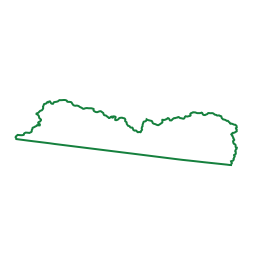 outline of Sítio Novo, Maranhão, Brazil, rotated 97°
{"feature_id": "56859067B7147994817031", "entity_name": "Sítio Novo", "entity_type": "district", "adm_level": 2, "iso_a3": "BRA", "parent_name": "Brazil", "parent_adm1": "Maranhão", "projection": "equal_earth", "projection_center": [-46.672, -6.275], "detail": "fine", "context": "isolated", "style": "outline", "palette": "green", "viewbox_px": 256, "rotation_deg": 97, "n_neighbors": 0, "source": "geoboundaries", "source_scale": "gbopen_adm2", "svg_char_len": 5537}
<svg xmlns="http://www.w3.org/2000/svg" viewBox="0 0 256 256"><g transform="rotate(97 128 128)"><path d="M104.7,51.3L105.1,52.1L105.4,52.6L105.8,53.2L105.8,53.9L105.8,54.7L105.3,55.4L104.7,55.8L104.0,56.2L103.8,56.9L104.3,57.8L104.5,58.6L104.7,60.0L104.8,61.0L104.7,61.7L104.5,62.4L104.3,63.5L104.5,64.5L104.4,65.3L104.9,65.8L105.4,67.0L106.2,67.8L106.7,67.9L107.3,67.5L107.7,67.4L108.2,67.6L108.6,68.3L108.8,69.0L109.1,69.7L109.4,70.5L109.4,71.3L109.3,72.2L109.9,72.8L110.5,73.0L111.2,73.2L111.7,73.5L112.0,74.0L112.0,74.9L111.9,75.6L111.8,76.4L111.8,77.3L111.4,78.4L111.0,78.9L111.0,79.5L111.6,80.3L111.9,81.3L112.3,82.1L112.6,82.7L112.5,83.3L112.9,83.9L113.5,84.5L113.8,84.8L114.3,85.2L114.7,85.4L115.2,85.9L115.3,86.7L115.3,87.3L114.3,88.0L113.5,88.8L113.3,89.6L113.6,90.0L114.2,90.4L114.6,90.9L114.8,91.5L115.4,92.4L115.6,93.0L115.7,93.7L115.6,94.3L115.7,94.9L116.3,94.9L117.7,94.6L118.3,94.6L118.8,95.0L119.9,96.3L120.3,96.7L121.1,97.7L121.5,98.3L121.5,99.3L121.0,100.9L120.8,101.6L120.6,103.0L120.2,103.9L119.6,104.4L119.1,104.5L118.5,104.9L118.1,105.4L118.0,106.5L117.8,108.1L117.7,109.1L117.4,109.9L117.1,110.6L118.1,110.7L118.6,110.9L119.1,111.4L119.4,112.0L119.6,112.7L119.9,113.2L120.4,113.4L121.1,113.5L122.1,113.7L122.8,113.9L123.7,113.9L124.2,113.8L124.7,113.8L125.2,114.2L125.8,114.3L126.6,114.4L127.4,114.1L128.0,113.8L128.7,114.2L129.3,114.6L130.2,114.7L130.7,115.2L130.6,115.9L130.6,116.6L131.0,117.6L130.8,118.2L130.4,118.5L130.0,119.1L129.6,119.5L129.5,120.0L129.8,121.1L129.6,121.8L129.3,122.4L128.8,122.6L128.3,123.0L127.4,123.4L127.1,123.8L127.2,124.5L127.2,125.3L127.0,125.9L126.6,126.2L126.1,126.6L125.9,127.3L125.8,128.2L125.0,128.9L124.5,129.4L124.0,129.8L122.8,130.0L122.3,130.3L122.0,131.0L121.4,131.7L120.5,131.7L119.9,131.7L119.1,132.3L118.8,133.0L118.8,133.6L118.7,134.3L118.5,135.2L118.7,136.3L118.9,136.9L119.0,137.4L119.3,137.9L120.3,138.5L120.8,139.0L121.2,139.6L121.6,140.3L121.7,141.1L121.5,141.7L120.7,141.8L120.0,141.8L119.4,141.7L118.8,141.6L118.4,141.8L118.2,142.7L118.2,143.4L118.3,144.1L119.3,144.1L119.6,144.6L119.4,145.4L118.8,145.9L119.1,146.5L119.9,147.1L120.3,147.5L120.4,148.2L119.9,148.8L119.6,149.3L119.3,149.9L118.8,150.6L118.3,151.5L118.2,152.9L117.9,153.5L117.4,153.8L116.8,154.1L116.1,154.4L115.5,155.5L114.8,156.7L114.7,157.5L114.9,158.3L115.4,159.3L116.0,160.3L116.1,161.3L116.0,162.2L115.5,163.4L115.2,163.9L114.8,164.3L114.3,164.4L113.4,164.4L113.1,165.1L113.0,165.9L112.9,166.8L113.0,167.9L113.1,168.7L113.2,169.4L113.2,171.1L113.3,171.7L113.7,173.0L114.2,173.9L114.4,174.8L114.1,175.6L113.6,176.4L113.2,177.8L112.8,178.8L112.3,179.5L112.1,180.3L112.0,181.0L112.0,181.8L112.3,182.7L112.3,183.7L112.1,184.7L111.8,185.2L111.3,185.7L110.6,186.3L109.5,187.2L109.2,187.9L109.2,189.0L109.3,190.4L109.3,191.3L109.1,191.7L108.4,192.0L108.0,193.0L107.9,194.0L108.0,194.9L108.1,195.6L108.3,196.5L108.4,197.2L108.6,198.0L108.6,199.1L108.9,199.7L109.5,200.3L110.0,200.7L110.2,201.1L110.5,201.7L110.7,202.3L110.9,202.9L111.1,203.8L111.6,204.8L113.0,205.3L113.2,206.0L113.1,206.8L112.8,207.3L112.4,207.7L111.8,208.1L111.1,208.7L111.2,209.4L112.1,210.1L112.4,210.5L112.1,211.2L113.6,212.2L113.9,212.7L114.2,213.6L114.5,214.2L115.0,214.4L115.9,214.5L116.3,214.6L117.0,215.0L118.1,214.7L118.8,214.6L119.9,215.0L120.4,215.3L121.0,215.8L121.3,216.5L121.7,217.3L122.6,218.0L123.8,218.9L124.2,219.5L124.7,220.5L125.2,220.6L126.0,219.1L126.3,218.5L126.8,218.1L127.3,217.9L127.8,217.7L128.6,217.4L129.1,217.1L129.8,215.9L130.3,215.4L130.8,215.3L131.4,215.6L132.2,216.0L132.6,216.8L133.2,217.6L133.7,217.8L134.4,217.5L135.0,216.1L135.6,215.8L136.2,216.0L136.3,217.0L136.2,218.5L137.0,218.9L137.9,220.4L138.4,220.9L139.2,222.4L139.7,222.8L140.4,222.8L141.0,222.9L141.5,223.2L142.9,223.2L143.3,223.2L143.9,223.7L144.4,224.5L144.9,225.3L144.9,226.7L145.0,228.9L145.5,229.7L145.9,230.2L146.3,230.5L146.9,230.5L147.5,230.7L147.9,231.7L148.1,232.6L148.2,233.4L148.3,236.7L149.0,237.3L149.5,237.7L150.0,238.2L150.5,238.4L151.1,238.4L151.8,237.7L152.6,237.5L152.7,224.7L152.7,203.8L152.8,198.9L152.9,129.4L152.9,120.2L153.0,76.6L153.0,72.0L153.0,70.5L152.8,58.5L152.7,48.1L152.3,25.7L152.3,24.3L152.3,22.2L152.2,21.2L151.4,21.2L150.7,20.8L150.1,20.6L149.7,20.9L149.1,21.4L148.5,21.7L148.2,21.1L147.5,19.7L146.9,19.4L146.4,19.2L145.6,19.5L145.1,19.2L144.2,19.1L143.4,18.6L142.9,18.7L142.6,19.0L142.2,19.4L141.8,19.4L141.4,18.9L141.1,18.2L140.3,17.9L139.8,18.0L139.2,18.1L138.6,18.1L138.1,18.7L137.7,18.7L137.1,18.7L136.6,18.3L136.1,18.2L135.6,17.8L135.2,18.0L134.8,17.6L134.3,17.6L134.3,18.4L133.6,18.9L133.2,19.0L132.5,19.0L132.1,19.1L131.4,19.4L131.1,19.9L130.8,20.9L130.3,21.4L129.6,21.6L129.0,22.0L128.2,22.1L127.6,21.5L126.9,21.1L126.3,21.3L125.8,22.0L125.2,22.3L124.7,22.3L124.2,22.7L123.7,23.1L123.2,23.5L122.6,23.5L122.4,24.1L121.7,24.7L121.3,24.4L120.7,24.0L120.0,23.3L120.0,22.6L119.7,22.0L119.3,21.3L118.7,20.7L118.4,20.1L118.0,19.7L117.1,19.9L116.6,19.8L116.0,20.3L115.6,20.7L115.0,20.9L114.5,20.3L114.0,20.1L113.5,20.3L113.1,20.5L112.6,20.6L112.1,21.3L111.7,22.0L111.8,22.6L111.7,23.3L111.4,24.2L111.2,25.0L111.0,25.7L111.3,26.7L111.0,27.3L110.3,27.6L109.9,28.3L109.6,28.8L109.1,29.2L108.7,29.8L108.9,30.7L108.5,31.6L108.1,32.4L108.0,33.1L107.9,34.0L107.8,34.8L107.1,35.6L106.8,36.1L106.2,36.4L105.5,36.7L105.1,36.8L104.8,37.6L104.8,38.3L104.5,38.7L104.4,39.3L104.6,40.0L104.7,40.7L104.7,41.3L104.3,41.9L104.2,43.0L104.1,43.7L103.5,44.5L103.2,45.0L103.0,45.8L103.0,46.6L103.2,47.3L103.3,48.4L103.3,49.4L103.4,50.2L104.0,50.6L104.7,51.3Z" fill="none" stroke="#15803d" stroke-width="2"/></g></svg>